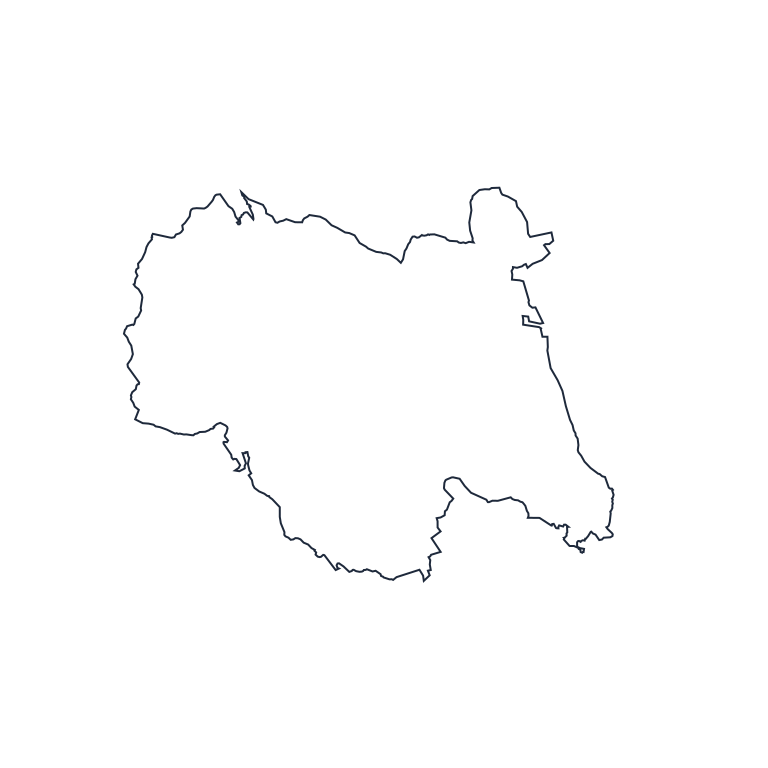 Creaca, Salaj, Romania, rotated 235°
{"feature_id": "2599482B65302894831866", "entity_name": "Creaca", "entity_type": "district", "adm_level": 2, "iso_a3": "ROU", "parent_name": "Romania", "parent_adm1": "Salaj", "projection": "robinson", "projection_center": [23.215, 47.191], "detail": "fine", "context": "isolated", "style": "outline", "palette": "slate", "viewbox_px": 768, "rotation_deg": 235, "n_neighbors": 0, "source": "geoboundaries", "source_scale": "gbopen_adm2", "svg_char_len": 6166}
<svg xmlns="http://www.w3.org/2000/svg" viewBox="0 0 768 768"><g transform="rotate(235 384 384)"><path d="M404.3,604.8L412.1,608.1L420.6,588.1L424.4,588.2L434.6,594.1L445.9,595.5L452.9,594.8L458.1,597.0L466.5,593.0L471.2,589.6L473.3,589.6L478.6,591.1L482.8,584.6L483.0,581.9L485.7,578.3L488.2,573.4L487.1,564.4L485.0,562.3L484.8,561.0L483.3,559.0L476.1,555.2L467.4,546.5L460.2,542.5L452.5,540.2L450.9,538.8L448.5,538.6L451.7,535.2L452.5,531.7L454.5,530.2L455.4,527.9L457.0,526.4L458.9,525.8L463.6,519.9L466.1,518.5L468.7,518.2L477.7,511.1L480.1,507.4L480.1,506.6L481.3,505.9L481.4,504.2L482.3,502.2L483.6,500.7L484.3,500.5L484.1,496.8L484.9,494.9L487.3,493.7L488.3,491.9L487.0,488.7L485.4,486.8L484.6,484.0L482.1,480.1L481.0,477.2L475.2,471.1L473.6,467.3L479.0,466.2L486.3,463.2L490.4,460.0L491.5,458.3L493.3,457.2L496.7,453.4L504.1,448.7L506.7,448.1L513.5,444.9L522.6,445.2L527.6,442.1L530.4,439.1L538.7,435.3L544.1,432.1L552.1,430.6L557.7,427.6L565.2,419.8L564.9,417.4L565.4,413.6L564.7,411.5L563.4,409.7L567.5,404.0L575.1,398.5L575.6,395.1L577.0,391.7L577.2,389.2L578.7,387.9L585.3,388.6L591.3,385.4L594.6,387.2L600.1,387.6L613.1,379.1L623.0,377.2L619.7,376.1L617.6,377.0L616.5,376.1L612.3,376.3L609.9,375.1L608.7,376.1L606.4,376.8L605.9,376.6L606.6,375.4L606.3,375.2L598.0,373.7L594.0,371.7L593.7,371.3L602.9,370.5L603.9,369.3L604.5,367.4L603.7,365.8L604.0,364.2L602.7,362.9L602.9,360.9L598.1,358.6L597.7,357.3L598.4,356.2L600.6,356.2L600.3,357.8L601.4,358.7L606.3,358.4L610.8,359.9L614.6,360.2L618.9,358.6L633.4,358.6L635.1,355.5L635.3,354.2L634.7,352.3L632.9,349.5L632.2,347.5L630.6,341.2L630.6,338.9L630.9,337.3L635.5,331.4L637.3,328.1L637.4,326.2L636.4,324.4L632.7,320.9L630.1,313.4L629.6,309.7L625.7,307.8L624.8,305.2L624.7,302.9L625.8,299.3L624.5,296.5L625.5,294.0L626.9,292.5L639.6,280.8L638.7,279.1L637.3,278.4L637.4,277.7L635.6,276.9L634.3,271.7L632.4,268.0L629.0,264.0L625.2,257.5L623.6,251.5L620.0,249.5L619.9,246.9L618.2,244.9L614.1,244.2L612.4,240.5L609.1,237.3L609.2,236.1L606.3,236.1L602.5,237.3L596.1,236.9L593.5,235.7L585.7,228.2L583.5,227.2L580.2,221.4L580.1,218.2L576.4,213.9L576.1,212.5L577.0,211.9L578.7,206.7L577.3,204.4L576.9,202.8L574.3,199.8L569.3,200.3L565.0,199.2L560.4,199.0L552.5,195.4L549.5,191.2L547.3,185.2L544.9,184.0L525.6,184.3L524.5,183.1L525.1,182.0L524.7,180.4L522.1,177.7L521.7,173.1L519.8,170.1L518.2,169.6L516.7,167.9L512.4,167.8L508.5,166.8L503.4,168.3L497.8,159.9L490.3,163.9L486.6,168.4L482.8,171.9L480.3,172.6L477.2,175.7L471.1,180.0L463.2,184.4L462.6,185.9L461.2,186.8L460.4,188.4L457.4,191.1L456.1,193.2L452.3,197.2L451.3,198.5L451.6,200.3L450.6,202.7L450.4,205.4L447.4,210.2L446.5,214.4L446.7,216.1L445.5,218.5L446.0,220.1L446.7,220.0L446.9,222.3L447.0,224.2L446.1,227.6L441.0,230.4L438.8,230.9L437.4,230.4L434.5,227.0L433.3,224.2L432.2,223.5L427.2,223.9L426.4,222.0L428.4,219.7L428.4,219.1L427.1,218.4L413.7,218.3L411.1,217.0L409.4,217.1L408.7,217.2L408.5,218.5L407.2,220.0L400.1,219.6L398.6,216.9L398.6,212.3L395.5,215.5L394.7,221.5L396.9,222.9L398.2,225.4L408.5,228.5L406.9,230.6L406.9,231.2L407.5,231.5L406.6,233.1L402.6,231.3L400.9,231.3L396.8,226.9L395.3,226.1L390.3,224.2L387.0,224.0L386.8,220.8L381.0,220.7L376.5,218.7L373.1,218.3L367.6,220.1L362.7,223.1L359.3,224.2L358.0,225.6L357.1,225.2L353.7,226.4L342.9,228.0L334.9,222.4L329.1,219.6L319.8,217.5L317.6,215.8L315.7,215.9L312.9,217.6L309.9,218.2L308.7,220.6L308.6,223.0L307.0,225.0L304.6,226.5L300.1,227.2L296.0,229.8L291.2,230.5L287.7,232.2L287.3,231.4L284.9,231.8L283.5,230.1L280.6,230.7L279.2,231.9L278.6,233.2L278.9,236.2L278.0,237.0L259.3,237.7L258.7,241.2L260.0,240.4L262.7,241.2L263.6,243.0L262.9,244.3L257.8,246.2L250.0,247.8L249.3,250.3L249.7,251.7L249.2,252.6L246.7,253.8L244.2,256.2L243.0,258.3L242.8,259.7L243.2,260.8L242.2,262.4L242.1,263.7L237.0,267.1L235.8,270.0L230.2,272.1L228.4,271.5L226.7,272.7L225.8,272.7L220.8,276.5L219.6,278.4L218.3,279.1L218.6,283.5L211.5,306.5L204.6,306.1L199.9,303.7L201.1,311.7L205.9,312.9L204.8,315.6L209.9,318.0L213.2,320.9L216.6,321.2L216.3,323.0L217.1,324.6L214.0,334.1L230.5,334.5L230.8,345.8L235.7,345.6L240.9,349.2L243.9,350.2L242.2,353.8L241.7,358.4L244.8,360.9L245.0,363.5L249.4,370.0L249.5,372.3L250.4,375.0L262.6,373.1L264.3,373.4L268.4,376.8L269.8,379.0L269.9,380.1L268.7,385.7L268.0,387.0L263.0,391.6L254.2,391.6L245.0,392.9L230.5,401.5L227.7,401.3L227.0,402.2L226.2,405.9L223.0,410.3L218.5,422.8L216.1,423.2L214.0,424.6L211.8,427.1L209.4,428.2L207.7,429.6L205.4,429.8L203.1,429.9L198.2,428.3L195.3,428.1L193.0,426.7L191.9,425.1L185.1,434.6L172.0,439.9L171.8,440.3L172.8,441.4L172.1,442.8L167.4,442.3L166.7,442.8L165.7,444.1L166.9,444.8L167.7,446.4L164.5,449.0L165.5,450.8L164.6,452.1L161.3,453.1L162.0,452.0L157.3,449.0L156.9,447.8L155.0,446.6L154.5,443.7L154.8,443.1L154.1,443.1L153.5,442.1L144.9,443.1L142.3,446.7L138.4,449.1L137.1,448.9L135.7,449.8L133.5,448.7L132.1,449.6L132.4,450.6L131.9,451.1L134.2,453.3L137.3,450.3L140.0,448.9L143.6,451.4L144.0,452.8L143.6,453.7L141.9,454.5L142.3,455.6L141.9,457.4L140.6,458.5L141.8,460.0L141.4,460.4L142.3,463.9L144.3,468.5L144.2,469.1L141.7,469.4L139.3,470.9L132.7,470.8L131.6,473.3L132.1,475.8L128.6,481.5L128.4,483.9L129.7,485.2L131.3,485.2L136.9,484.0L139.1,484.0L138.8,485.2L139.1,486.9L141.5,489.8L148.0,495.5L149.7,496.2L149.9,497.3L151.4,499.9L153.8,501.5L154.8,502.9L156.6,503.4L158.0,505.0L159.4,505.0L159.8,506.4L161.5,508.5L165.8,509.8L165.9,510.8L167.6,510.7L168.4,509.3L170.2,508.7L181.0,511.7L183.3,509.8L186.6,509.0L187.6,508.0L196.8,505.0L205.4,503.7L212.2,504.4L216.5,504.1L218.7,504.8L222.4,508.2L228.2,511.3L231.9,511.4L233.8,512.6L237.1,512.8L242.2,514.9L247.9,515.8L261.6,520.3L276.0,526.2L287.5,528.4L301.4,529.6L317.7,537.0L320.3,539.4L329.0,545.0L331.8,540.9L339.1,543.9L339.4,544.6L341.6,543.7L352.8,532.0L356.7,534.9L360.2,536.6L356.5,540.8L352.1,538.8L343.9,546.4L342.7,549.3L359.9,552.0L361.4,549.3L365.0,548.2L368.2,549.3L369.2,550.6L388.2,557.0L391.1,554.6L396.1,548.7L400.1,551.9L403.4,553.3L404.5,555.8L405.8,556.7L402.9,559.6L401.2,564.7L401.4,567.1L400.9,569.0L396.8,568.2L397.2,574.7L394.9,584.5L396.3,594.8L405.9,594.7L406.0,596.4L403.8,599.7L404.3,604.8Z" fill="none" stroke="#1e293b" stroke-width="2"/></g></svg>